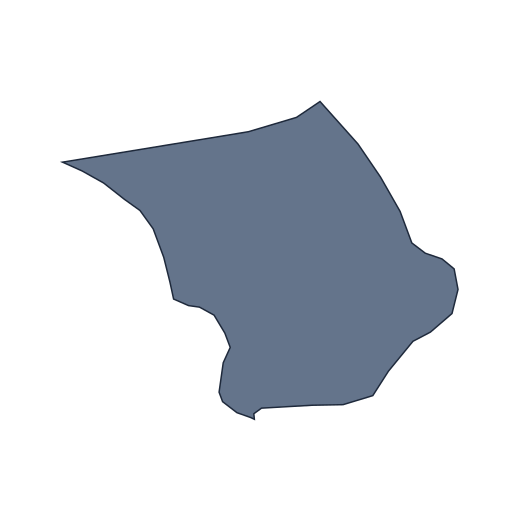 an SVG outline of Tearce, rotated 8°
{"feature_id": "MKD-2957", "entity_name": "Tearce", "entity_type": "Municipality", "adm_level": 1, "iso_a3": "MKD", "parent_name": "North Macedonia", "parent_adm1": "", "projection": "robinson", "projection_center": [21.028, 42.087], "detail": "fine", "context": "isolated", "style": "filled", "palette": "slate", "viewbox_px": 512, "rotation_deg": 8, "n_neighbors": 0, "source": "natural_earth", "source_scale": "10m", "svg_char_len": 681}
<svg xmlns="http://www.w3.org/2000/svg" viewBox="0 0 512 512"><g transform="rotate(8 256 256)"><path d="M179.2,150.2L231.1,134.0L276.8,113.1L297.9,94.1L341.4,130.9L368.3,160.5L392.5,191.8L408.5,221.4L423.3,229.7L440.6,233.0L454.0,241.2L460.7,261.0L458.1,285.7L439.3,307.1L423.3,318.6L403.2,351.6L391.1,378.0L362.9,391.1L332.2,396.0L282.6,405.9L275.8,412.5L277.1,417.9L273.2,416.7L258.9,413.8L243.2,404.9L238.4,396.0L238.4,379.7L238.4,366.3L243.2,350.1L235.9,336.7L222.7,320.4L207.1,314.5L196.1,314.5L180.4,310.1L174.4,293.8L164.8,270.1L150.4,243.4L134.8,227.1L117.8,218.2L94.9,204.9L72.0,196.0L51.3,190.0L179.2,150.2Z" fill="#64748b" stroke="#1e293b" stroke-width="1.5"/></g></svg>